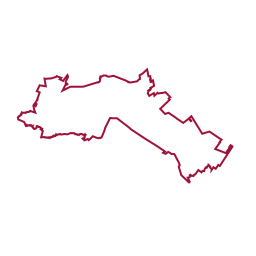 the district of Riva Palacio, Chihuahua, Mexico, rotated 126°
{"feature_id": "50627088B7033951522319", "entity_name": "Riva Palacio", "entity_type": "district", "adm_level": 2, "iso_a3": "MEX", "parent_name": "Mexico", "parent_adm1": "Chihuahua", "projection": "mercator", "projection_center": [-106.489, 28.847], "detail": "fine", "context": "isolated", "style": "outline", "palette": "rose", "viewbox_px": 256, "rotation_deg": 126, "n_neighbors": 0, "source": "geoboundaries", "source_scale": "gbopen_adm2", "svg_char_len": 5597}
<svg xmlns="http://www.w3.org/2000/svg" viewBox="0 0 256 256"><g transform="rotate(126 128 128)"><path d="M137.1,224.6L142.6,219.0L145.4,224.6L148.9,223.9L151.8,223.4L151.1,220.4L158.8,218.1L158.7,217.8L162.4,217.8L162.4,216.0L164.6,215.6L164.4,217.8L165.4,217.8L168.1,214.9L169.3,213.2L170.1,212.0L171.7,217.3L172.2,217.4L172.4,217.2L173.3,217.6L173.5,217.8L173.7,218.3L174.7,219.2L175.0,219.5L175.8,219.6L175.7,220.0L176.1,220.3L176.2,220.5L176.4,220.6L176.5,221.0L176.3,221.0L176.8,221.2L177.2,221.5L177.5,222.2L177.7,222.4L177.7,222.6L177.8,223.0L178.2,222.8L178.4,222.9L178.8,222.9L179.1,222.6L179.4,222.8L179.5,222.8L179.8,222.6L179.9,222.1L180.1,222.1L181.3,222.4L181.6,222.9L182.4,222.8L182.8,223.2L183.0,223.1L183.2,223.3L183.4,223.3L183.6,223.1L184.1,223.0L184.3,223.1L185.6,221.8L184.2,215.5L186.4,211.7L185.7,210.8L185.2,210.7L185.0,210.9L185.0,210.6L184.8,210.4L184.0,209.8L184.1,209.7L183.8,209.2L183.6,209.0L183.5,208.8L183.7,208.7L183.7,208.4L183.4,208.2L183.2,208.5L182.7,208.3L182.8,207.8L182.7,207.5L182.8,207.5L182.7,207.1L182.6,206.7L182.4,206.5L182.6,206.5L183.0,206.6L183.1,206.4L183.0,206.1L183.5,205.8L183.5,205.4L183.7,205.2L183.6,204.5L183.7,203.9L183.6,203.6L183.9,203.7L184.0,203.5L183.9,203.3L183.7,203.4L183.4,202.9L183.2,202.7L182.8,202.5L182.5,202.2L181.9,202.2L181.3,202.4L180.8,202.5L180.5,202.6L180.3,202.9L180.0,202.9L179.9,202.8L179.6,202.3L179.8,201.3L179.6,201.1L179.6,200.8L179.4,200.5L179.0,199.7L179.3,198.8L179.1,198.4L179.1,198.0L179.1,197.5L179.3,197.4L179.7,197.4L179.7,197.6L179.8,197.9L180.1,197.9L180.0,197.5L180.2,197.3L180.2,197.2L180.3,196.8L180.1,196.7L180.5,196.6L180.5,196.3L180.3,196.2L180.5,196.0L180.5,195.7L180.7,195.4L180.6,195.1L186.6,192.8L185.6,191.5L185.1,191.2L184.8,190.7L184.6,190.5L184.6,190.1L184.3,189.9L184.4,189.4L183.7,188.8L183.6,188.0L183.2,187.9L183.1,187.5L182.9,187.3L183.0,186.9L182.6,186.4L182.3,186.5L182.2,186.3L181.9,186.3L181.9,186.0L181.8,185.9L181.8,185.5L181.5,185.5L181.1,185.3L181.2,185.2L180.5,185.1L180.3,184.8L180.5,184.7L180.4,184.6L180.4,184.4L180.1,184.3L179.9,184.4L179.5,184.0L179.1,184.1L179.0,183.6L178.7,183.4L178.7,183.2L178.0,183.0L177.7,183.2L177.6,182.6L177.1,182.1L176.6,182.2L176.4,182.2L176.3,182.4L175.9,182.2L175.8,182.3L175.4,182.4L175.5,181.9L175.5,181.4L175.1,181.4L174.4,180.7L174.2,180.7L173.8,180.5L173.5,180.2L173.3,180.0L173.1,179.7L173.2,179.3L172.6,178.9L172.6,178.2L171.4,177.0L170.2,175.9L168.7,173.2L165.5,171.2L165.4,170.5L164.8,169.9L164.7,169.6L164.3,169.3L164.0,168.6L164.0,168.3L163.8,168.1L163.9,167.8L163.7,167.2L163.8,167.1L163.6,167.0L163.4,166.3L163.5,166.0L163.3,165.7L163.3,165.0L162.8,164.8L162.8,164.6L162.4,164.1L162.4,163.6L162.2,163.6L161.7,163.3L161.2,163.3L160.9,162.8L160.5,162.7L160.1,162.3L160.0,162.0L160.1,161.0L159.9,160.3L159.6,159.9L159.2,159.7L159.2,159.2L158.9,159.1L158.5,159.1L158.6,158.9L158.4,158.5L158.4,158.4L158.6,158.4L158.8,158.2L159.3,158.1L159.7,158.2L159.8,158.4L160.2,158.5L160.9,157.6L161.2,157.4L161.6,157.5L162.0,157.6L162.4,157.9L162.7,157.9L162.8,158.3L163.0,158.4L163.0,158.2L163.2,158.4L163.4,158.2L163.2,157.5L163.4,156.4L163.6,156.0L160.5,154.0L160.9,152.7L158.6,152.1L155.3,151.6L155.1,150.3L153.8,146.1L153.6,145.9L153.5,145.7L152.7,145.4L152.5,144.9L152.1,144.6L152.1,144.3L151.3,143.9L150.4,144.0L143.4,145.7L141.5,146.5L130.4,148.4L129.4,146.5L126.6,142.6L127.0,127.7L127.3,124.7L126.6,108.3L125.5,92.3L125.3,84.3L127.4,85.0L126.8,82.4L123.7,81.4L123.4,79.2L123.5,77.7L122.1,75.7L122.0,74.8L126.5,65.9L127.7,64.3L129.4,64.3L134.8,57.2L136.3,45.8L135.9,46.5L135.3,46.5L135.1,46.6L133.9,49.1L133.5,49.6L133.3,49.7L133.3,50.0L133.1,50.4L132.5,49.6L132.2,49.6L131.6,49.5L131.3,49.3L131.0,49.5L130.8,49.8L130.4,50.0L129.9,50.3L129.2,50.1L129.2,49.6L129.4,48.5L129.1,48.3L128.8,47.9L128.6,47.0L128.3,46.8L127.6,47.1L126.8,46.9L126.3,46.6L126.2,46.6L125.8,46.5L125.8,46.3L120.7,46.4L120.7,42.5L118.9,42.5L118.1,41.0L116.2,41.8L115.7,41.9L114.2,41.8L114.2,41.2L113.8,40.9L112.8,41.3L112.6,41.0L112.0,41.0L111.9,40.9L110.9,41.1L110.5,41.3L110.6,40.2L110.9,39.2L111.2,38.8L111.2,38.6L111.5,38.6L111.9,37.6L111.9,37.1L112.0,36.6L112.0,36.3L112.3,36.0L112.8,35.7L109.5,35.8L109.5,33.1L104.8,33.2L104.8,31.4L81.6,32.6L81.6,34.0L82.0,34.3L82.0,34.5L81.6,34.6L81.6,34.9L83.8,34.9L83.8,34.3L90.8,34.1L93.7,45.1L85.7,45.1L85.7,45.6L82.4,45.5L82.6,47.7L83.0,60.0L89.0,64.6L81.2,83.7L84.1,84.3L85.0,81.0L85.6,81.2L84.8,84.4L91.4,86.3L91.7,93.9L91.6,96.6L91.9,104.2L94.8,106.2L93.6,113.2L80.6,110.9L80.3,112.4L78.6,112.2L78.2,112.0L77.0,118.7L77.1,119.0L78.0,119.5L78.4,119.8L82.3,123.8L82.1,124.8L86.4,125.6L84.6,127.6L89.5,129.7L88.3,132.4L87.5,132.5L86.7,133.0L86.2,133.0L85.9,133.6L84.6,132.6L84.3,133.2L82.8,132.5L82.4,133.4L78.6,131.7L74.7,135.8L75.8,136.9L76.7,136.0L77.5,136.7L76.1,138.0L76.3,138.1L76.0,138.6L75.5,138.8L75.0,138.7L75.0,138.9L74.4,139.0L74.1,139.3L73.7,140.0L73.0,140.5L74.2,141.8L70.1,146.1L69.4,147.0L75.1,148.1L78.6,149.6L80.5,147.8L80.9,147.6L81.4,147.1L82.6,147.8L84.8,148.0L90.0,153.0L90.1,153.8L90.4,154.2L90.6,154.3L90.8,154.6L90.8,154.9L90.5,155.1L90.9,157.7L94.3,170.4L97.6,173.5L98.5,175.1L98.4,176.5L99.7,178.3L99.7,178.5L101.0,179.2L102.6,179.8L102.0,181.2L103.8,179.7L104.2,180.0L104.6,179.9L105.2,179.0L106.9,178.2L108.1,178.5L108.5,178.8L108.3,179.0L120.9,188.5L128.5,198.9L136.2,202.9L129.5,204.0L129.3,203.4L128.7,202.8L128.2,202.7L127.9,203.0L128.0,205.0L127.1,205.7L122.5,206.4L121.9,206.5L121.6,206.8L120.8,208.1L128.1,208.2L128.7,211.9L126.7,211.5L128.0,216.2L128.9,216.2L133.0,219.2L134.0,220.4L133.9,220.5L136.4,223.2L137.1,224.6Z" fill="none" stroke="#9f1239" stroke-width="2"/></g></svg>